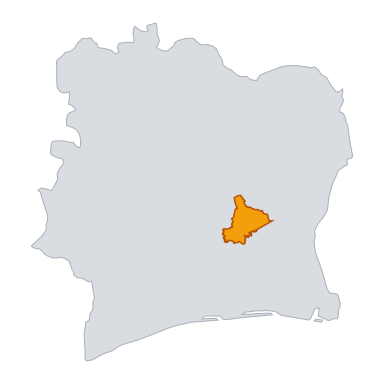 N'Zi, N'zi-Comoé, Ivory Coast (highlighted)
{"feature_id": "98640826B73875625736421", "entity_name": "N'Zi", "entity_type": "district", "adm_level": 2, "iso_a3": "CIV", "parent_name": "Ivory Coast", "parent_adm1": "N'zi-Comoé", "projection": "albers", "projection_center": [-4.64, 7.021], "detail": "fine", "context": "in_parent", "style": "filled", "palette": "amber", "viewbox_px": 384, "rotation_deg": 0, "n_neighbors": 0, "source": "geoboundaries", "source_scale": "gbopen_adm2", "svg_char_len": 8595}
<svg xmlns="http://www.w3.org/2000/svg" viewBox="0 0 384 384"><path d="M65.1,52.3L66.6,52.3L70.6,51.1L74.3,48.5L77.8,42.9L82.4,38.4L87.6,38.8L89.1,37.9L90.9,37.8L93.1,40.8L95.3,43.0L96.8,43.1L97.9,47.4L107.4,49.2L111.4,50.4L114.8,53.6L116.0,53.7L117.5,53.0L118.6,51.9L118.8,50.7L117.4,47.9L118.0,45.4L119.6,43.1L122.0,43.0L125.7,42.4L129.9,42.4L133.0,42.8L134.3,40.5L133.1,34.2L133.4,30.7L134.0,27.7L135.1,26.5L139.8,30.3L144.1,31.6L147.2,31.8L148.0,31.1L146.7,27.0L147.1,25.8L148.2,25.1L150.2,24.7L155.7,23.0L156.3,23.4L157.3,29.8L156.8,31.8L157.9,36.2L159.3,40.2L159.2,41.8L158.0,44.3L156.7,46.6L156.8,47.6L159.0,49.1L163.1,50.7L167.5,51.1L169.9,48.8L172.4,46.9L174.1,45.2L174.7,42.7L177.5,40.8L185.3,38.5L192.5,38.2L194.2,38.9L197.5,42.5L201.6,44.9L207.9,44.6L212.5,46.0L216.4,48.8L219.0,54.8L221.9,59.1L223.2,65.3L227.8,68.5L231.3,70.0L236.2,74.5L241.2,76.8L246.4,76.2L248.8,78.6L252.7,80.2L256.6,80.4L260.0,75.2L264.5,73.1L275.9,69.0L280.4,67.1L285.0,65.9L295.9,65.5L306.1,66.8L311.2,67.7L314.7,67.0L318.0,69.5L321.4,74.6L324.2,76.2L327.0,78.0L329.1,82.1L331.6,86.1L333.0,87.9L336.1,91.8L338.7,91.9L341.3,90.2L342.4,88.9L342.9,91.5L341.9,95.8L342.1,98.4L343.6,99.4L342.8,102.8L339.8,108.6L339.8,112.0L342.8,113.1L345.0,116.7L346.3,122.9L347.6,125.0L347.7,126.3L349.9,141.3L352.7,156.4L351.0,158.4L348.6,158.9L347.1,159.7L346.7,161.1L347.7,163.1L347.1,165.0L344.1,166.3L337.8,171.1L337.4,173.1L335.7,177.1L334.3,179.6L332.2,184.3L329.0,196.5L327.8,206.7L327.6,209.8L326.3,212.0L324.9,215.1L318.0,223.8L314.5,231.0L315.0,234.0L315.2,237.1L314.1,239.4L314.3,245.4L315.2,250.4L316.4,255.3L321.5,269.2L324.1,277.7L325.8,284.5L327.2,289.1L328.6,291.0L329.2,292.7L336.6,294.0L338.1,295.0L340.2,303.9L339.8,307.9L338.4,309.4L338.4,312.8L338.1,317.0L337.0,318.7L332.8,318.9L330.0,320.5L326.2,319.9L325.9,318.9L323.9,318.5L318.3,316.1L319.2,308.4L316.6,308.1L314.7,309.1L310.7,318.4L308.9,320.0L281.2,315.3L275.2,311.4L268.0,310.6L255.4,311.0L245.1,312.2L242.1,314.5L268.2,313.1L271.0,313.4L272.4,314.8L239.3,317.9L226.7,319.7L223.0,319.2L220.2,316.2L206.5,315.8L203.7,316.8L202.0,319.0L207.4,318.5L215.9,318.4L218.1,320.1L191.5,322.2L173.0,326.3L165.2,329.4L139.4,339.5L123.7,344.2L119.5,345.9L112.3,350.8L103.1,353.9L92.8,359.7L86.5,361.0L85.1,359.1L85.0,349.2L84.2,336.0L84.5,330.9L85.4,326.2L85.5,322.3L88.6,320.8L89.4,319.1L89.9,314.0L92.9,309.4L93.0,301.2L93.9,299.5L94.5,297.4L93.3,292.0L91.8,281.9L91.0,281.2L90.3,281.7L88.6,281.9L82.2,278.3L77.2,277.7L73.7,274.7L73.5,271.3L71.8,269.3L70.7,265.4L69.0,260.9L64.1,258.1L59.5,257.4L56.2,258.0L52.3,257.8L48.0,256.2L44.9,254.5L42.1,251.2L39.4,248.6L37.3,248.9L34.7,248.2L32.2,247.0L31.3,246.1L42.1,235.7L45.8,230.6L46.2,227.5L46.2,224.3L47.4,221.1L47.8,216.1L42.0,198.2L40.5,192.6L39.0,191.0L38.0,190.3L41.0,188.1L45.1,188.7L51.4,190.5L52.7,188.8L57.6,179.7L57.5,176.4L57.0,174.1L59.9,167.9L62.1,165.5L63.3,162.9L62.9,159.4L61.3,158.1L59.1,158.3L56.4,157.4L52.4,155.3L50.4,153.5L51.1,145.3L51.5,142.8L52.9,141.3L55.1,141.0L61.4,140.8L66.4,141.7L70.8,142.3L73.2,142.3L75.1,144.8L77.6,147.3L79.9,147.3L80.7,145.4L80.2,137.3L78.7,133.0L75.4,128.9L66.6,125.3L66.4,120.4L67.4,115.1L69.3,113.1L75.8,109.8L74.7,108.0L72.6,106.0L68.5,104.0L69.5,97.7L69.7,92.0L66.2,92.6L62.7,92.9L59.6,91.1L57.1,87.6L56.7,78.1L56.8,67.2L56.4,62.3L57.4,59.7L60.5,57.4L63.8,54.3L65.1,52.3ZM322.7,320.1L321.2,322.2L314.2,320.9L315.9,319.1L322.7,320.1Z" fill="#d9dde1" stroke="#a8b0b8" stroke-width="1"/><path d="M234.0,243.3L234.7,243.1L235.1,243.0L235.4,242.8L235.9,242.7L237.1,242.6L238.0,242.3L238.4,242.2L238.7,241.9L239.2,241.7L239.9,241.9L240.5,242.5L240.9,242.7L241.4,243.0L241.8,243.1L242.2,243.7L242.6,243.9L242.9,244.1L243.4,244.1L244.2,243.8L244.6,243.5L245.1,243.1L245.0,242.4L244.7,242.1L244.7,241.8L244.7,241.6L244.8,241.4L245.5,240.7L245.4,240.6L245.2,240.5L245.1,240.3L245.1,240.1L245.1,239.4L244.9,239.1L245.2,239.0L245.5,238.6L245.7,238.2L245.7,237.9L245.7,237.6L245.6,237.4L245.3,237.1L245.0,236.7L244.7,236.2L244.3,236.0L244.2,235.8L244.2,235.6L244.6,235.5L245.0,235.6L245.4,235.8L245.5,236.0L245.8,236.4L246.1,236.2L246.2,236.7L246.4,236.9L246.6,236.9L246.8,236.8L247.0,236.3L247.2,235.9L247.4,235.9L247.7,236.4L247.7,236.6L247.8,236.7L247.8,236.8L247.9,237.0L247.9,237.4L248.0,237.5L248.4,237.4L248.6,237.1L248.6,236.8L248.7,236.4L248.6,236.2L248.5,235.8L248.5,235.6L248.8,235.6L248.9,235.9L248.8,236.0L249.0,236.1L249.3,236.1L249.5,235.9L249.6,235.6L249.6,235.1L249.6,234.8L249.8,234.6L250.0,234.5L250.5,234.9L250.6,235.1L251.0,235.3L251.2,235.5L251.2,235.2L250.9,234.9L250.8,234.4L251.1,234.5L251.4,234.5L251.4,234.4L251.6,234.4L251.5,234.1L251.3,234.0L251.2,233.8L250.8,233.8L250.7,233.8L249.8,233.8L249.6,233.6L249.3,233.4L249.2,233.2L249.1,232.8L249.1,232.5L249.3,232.4L249.6,232.8L249.8,233.0L250.0,233.0L250.3,232.8L250.4,232.7L250.6,232.9L251.2,233.1L251.4,232.9L251.5,232.7L251.4,232.4L251.3,232.2L251.5,232.1L251.5,231.9L251.8,231.7L251.7,231.5L251.5,231.4L251.6,231.2L252.2,231.3L252.4,231.5L252.5,231.5L252.6,231.3L252.7,231.2L252.9,231.1L253.1,231.3L253.4,231.3L253.7,231.7L254.0,231.9L254.3,232.0L254.4,231.9L254.4,231.6L254.8,231.2L255.3,231.3L255.6,231.6L255.9,231.7L256.1,231.5L256.1,231.3L256.3,231.3L256.4,231.0L256.4,230.9L256.5,230.8L256.9,230.5L257.0,230.3L256.9,230.1L256.7,230.0L256.5,229.8L256.3,229.8L272.2,220.9L269.2,220.8L269.1,220.3L268.7,220.1L268.7,219.7L268.6,219.3L267.8,216.3L267.7,216.1L267.7,215.6L267.6,215.4L267.5,215.1L267.6,214.8L267.5,214.7L267.4,214.4L263.5,213.5L262.2,210.6L261.8,210.8L261.6,211.0L261.4,211.1L261.2,211.2L260.8,211.1L260.6,211.0L258.1,209.8L257.3,209.4L257.0,209.5L256.7,209.8L256.2,209.7L255.8,209.8L255.7,209.8L254.5,209.4L254.1,209.0L253.7,209.0L253.6,208.9L253.2,208.9L252.7,208.8L252.4,208.7L251.1,207.7L250.7,207.4L250.3,207.2L250.2,207.2L249.7,207.3L249.0,207.2L248.8,207.1L248.6,207.4L248.4,207.4L248.2,207.6L247.8,207.5L247.4,207.3L247.4,207.1L247.0,206.8L246.9,206.8L246.8,206.5L246.2,206.4L245.7,205.9L245.7,205.5L245.4,204.6L244.3,203.5L244.2,203.1L244.1,202.8L243.9,202.2L243.9,201.8L244.2,201.6L244.5,201.5L244.8,201.3L245.0,201.3L244.9,201.0L244.7,200.8L244.6,200.4L244.4,200.3L244.3,200.1L243.8,199.9L243.4,199.5L243.1,199.4L242.9,199.0L242.8,198.2L242.7,197.9L242.5,197.6L242.1,197.2L241.7,196.6L241.2,196.4L240.9,196.2L240.9,195.9L240.5,195.6L240.3,195.5L240.2,195.3L239.3,195.5L239.1,195.6L238.7,195.6L238.0,195.6L234.3,197.8L234.2,198.2L234.3,198.5L234.7,199.5L234.8,200.3L234.8,201.1L235.1,201.9L235.1,202.6L235.3,203.1L235.7,204.5L236.1,205.3L236.5,205.7L236.6,206.3L236.6,207.1L236.6,207.3L237.3,208.2L237.2,208.3L235.4,209.3L235.0,210.0L234.9,210.4L234.8,210.6L234.8,211.1L234.7,211.5L234.7,211.9L234.7,212.3L234.6,212.7L234.3,213.6L233.9,215.1L233.9,215.3L233.6,217.4L233.5,217.5L233.3,217.5L233.1,217.6L233.0,218.0L231.6,218.7L233.2,221.8L232.7,222.4L232.3,222.9L232.0,223.4L231.8,223.7L231.8,223.9L231.7,224.1L231.8,224.2L231.9,224.3L232.0,224.5L231.9,224.8L232.1,225.0L232.0,225.3L231.9,225.5L231.9,226.1L232.1,226.3L232.2,226.7L232.4,226.9L232.4,227.3L231.8,227.5L231.5,227.6L231.3,227.5L231.0,227.2L229.7,228.0L229.4,228.5L228.2,229.0L227.5,229.1L227.3,229.1L227.2,229.2L226.5,229.0L225.7,228.9L224.6,228.7L224.4,228.8L224.2,228.9L223.7,229.0L223.2,229.1L223.0,229.3L223.0,229.7L222.8,230.1L222.9,230.3L223.2,230.3L223.4,230.4L223.6,230.4L223.8,230.3L223.9,230.5L223.5,230.9L223.4,231.1L223.4,231.3L223.7,231.2L223.7,231.4L223.5,231.6L223.6,231.8L223.7,232.2L223.5,232.5L223.4,232.8L223.2,232.9L223.2,233.0L223.3,233.2L223.1,233.4L222.6,233.4L222.5,233.5L223.0,233.9L222.8,234.0L222.7,234.3L223.0,234.5L223.1,234.8L223.3,235.0L223.6,235.3L224.2,235.6L224.3,235.5L224.5,235.6L224.9,235.6L225.0,235.8L224.9,236.1L225.0,236.2L224.8,236.5L224.7,236.5L224.4,236.6L224.2,236.6L223.9,236.8L224.1,237.0L224.1,237.3L223.7,237.2L223.5,237.6L223.9,237.6L223.6,238.1L223.6,238.4L223.6,238.6L223.8,238.7L224.1,238.7L224.6,238.9L224.7,239.0L224.6,239.4L224.8,239.4L224.8,239.5L224.7,239.6L224.7,239.8L224.9,239.8L225.2,239.7L225.3,239.6L225.4,239.9L225.3,240.0L225.3,240.4L225.4,240.5L225.5,240.8L225.4,241.1L225.2,241.0L225.1,240.6L224.8,240.4L224.7,240.4L224.5,240.7L224.5,241.3L224.8,241.4L225.0,242.0L225.4,241.9L225.7,242.1L226.0,242.0L226.3,242.0L226.5,242.2L226.5,242.3L227.0,242.2L226.8,242.1L226.7,242.1L226.7,241.5L226.8,241.3L227.0,241.3L227.6,241.4L228.0,241.3L228.4,240.9L228.4,240.6L228.7,240.5L229.1,240.4L229.5,240.4L229.9,240.4L230.2,240.4L230.9,240.7L231.2,240.7L231.5,240.7L233.3,241.6L233.6,241.6L233.4,242.0L233.7,242.4L233.8,242.5L234.2,242.6L234.3,242.8L234.3,243.0L234.0,243.2L234.0,243.3Z" fill="#f59e0b" stroke="#b45309" stroke-width="1.5"/></svg>